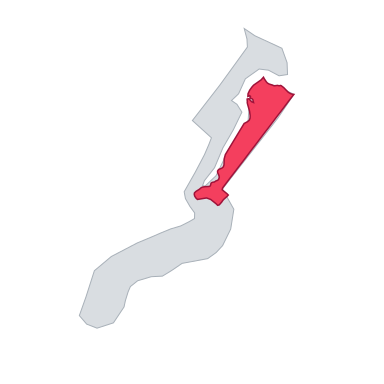 where North Bank sits in Gambia, rotated 127°
{"feature_id": "GMB-5513", "entity_name": "North Bank", "entity_type": "Division", "adm_level": 1, "iso_a3": "GMB", "parent_name": "Gambia", "parent_adm1": "", "projection": "equal_earth", "projection_center": [-15.943, 13.489], "detail": "fine", "context": "in_parent", "style": "filled", "palette": "rose", "viewbox_px": 384, "rotation_deg": 127, "n_neighbors": 0, "source": "natural_earth", "source_scale": "10m", "svg_char_len": 2356}
<svg xmlns="http://www.w3.org/2000/svg" viewBox="0 0 384 384"><g transform="rotate(127 192 192)"><path d="M52.7,169.4L81.3,167.9L115.9,168.5L153.5,169.2L171.3,169.5L180.6,148.2L198.3,138.8L216.4,135.3L225.9,136.3L235.8,139.4L255.0,157.0L266.9,161.0L277.0,165.0L284.2,173.6L295.6,182.0L304.6,184.3L310.0,183.0L318.9,179.8L324.7,177.1L343.8,176.0L357.9,185.9L360.9,196.6L358.5,207.6L339.7,213.5L313.6,222.6L292.0,217.6L265.7,205.1L250.3,196.1L243.9,192.5L234.3,186.8L225.9,180.6L217.8,176.6L211.7,174.0L207.1,177.3L204.8,184.9L201.2,193.3L196.5,198.4L174.4,201.3L154.7,204.5L144.0,207.1L137.0,209.1L134.7,234.7L112.3,234.4L90.3,234.1L67.5,234.5L42.9,235.0L36.7,240.2L30.0,248.7L29.4,235.9L23.1,206.7L31.5,193.9L40.7,186.4L46.8,192.4L48.7,204.3L53.4,212.4L69.5,217.5L85.5,213.9L95.2,215.5L94.9,208.9L98.2,200.2L117.6,196.4L138.1,193.9L159.1,188.6L175.6,188.9L180.5,187.4L179.3,185.1L164.5,182.6L133.0,188.7L100.8,190.4L76.4,206.3L66.4,204.9L56.4,189.0L52.7,169.4Z" fill="#d9dde1" stroke="#a8b0b8" stroke-width="1"/><path d="M170.3,170.0L172.1,169.2L172.3,163.2L172.6,161.2L174.1,161.3L179.2,162.3L181.2,162.3L182.1,162.2L185.9,162.5L187.2,163.5L186.9,165.6L186.7,172.6L188.0,176.8L194.7,183.2L194.4,185.5L193.6,187.5L192.4,188.9L191.2,189.5L189.1,189.2L185.2,187.7L183.5,187.4L181.9,186.7L180.0,184.9L177.3,181.7L176.3,181.1L175.3,181.3L174.3,181.8L173.4,182.1L172.4,181.8L171.5,181.1L170.8,180.4L170.4,180.1L168.8,179.6L167.5,178.7L166.0,178.3L163.8,179.1L162.7,180.3L161.0,183.3L159.9,184.2L158.0,184.3L155.0,182.5L153.0,182.1L151.0,182.8L146.0,186.3L142.0,187.9L105.9,191.6L102.3,189.9L100.1,189.5L98.0,190.1L96.0,191.5L92.8,194.7L88.1,200.9L87.0,202.0L86.1,202.5L85.3,203.4L84.5,203.9L83.5,202.9L83.4,201.8L83.8,200.2L84.0,198.5L83.5,196.7L81.6,199.0L81.4,200.3L82.0,202.0L80.9,202.8L80.4,202.9L80.4,204.0L81.0,204.2L81.5,204.6L82.0,204.9L79.8,206.4L76.0,207.2L72.1,207.3L69.6,207.1L60.9,204.3L57.3,204.0L58.0,202.6L59.3,198.9L59.6,197.3L59.3,195.2L58.2,192.2L58.0,191.0L57.5,190.0L55.4,187.9L54.7,186.3L53.6,185.4L53.4,184.8L53.4,181.7L54.4,175.3L54.2,172.9L53.6,170.9L52.8,169.4L59.9,169.5L66.9,169.5L73.9,169.5L80.9,169.6L87.9,169.6L94.9,169.6L101.9,169.7L106.4,169.7L108.9,169.7L115.8,169.7L122.8,169.8L129.8,169.8L136.8,169.8L143.8,169.9L150.8,169.9L157.8,170.0L164.8,170.0L170.3,170.0Z" fill="#f43f5e" stroke="#9f1239" stroke-width="1.5"/></g></svg>